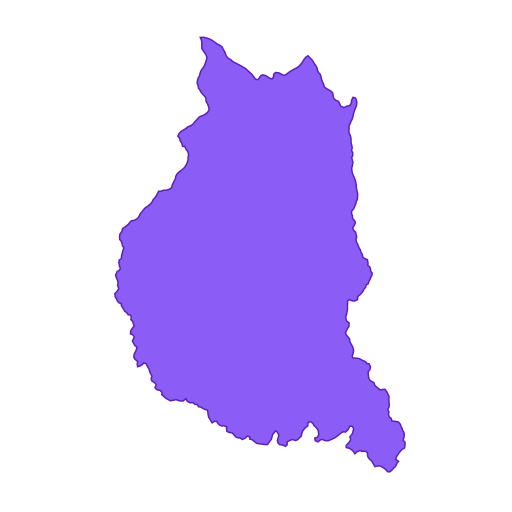 outline of São João da Ponte, Minas Gerais, Brazil, rotated 88°
{"feature_id": "56859067B41179975057544", "entity_name": "São João da Ponte", "entity_type": "district", "adm_level": 2, "iso_a3": "BRA", "parent_name": "Brazil", "parent_adm1": "Minas Gerais", "projection": "albers", "projection_center": [-43.884, -15.912], "detail": "fine", "context": "isolated", "style": "filled", "palette": "violet", "viewbox_px": 512, "rotation_deg": 88, "n_neighbors": 0, "source": "geoboundaries", "source_scale": "gbopen_adm2", "svg_char_len": 6090}
<svg xmlns="http://www.w3.org/2000/svg" viewBox="0 0 512 512"><g transform="rotate(88 256 256)"><path d="M453.0,167.2L454.7,165.5L457.1,164.1L455.2,161.9L454.1,158.9L455.1,156.2L454.9,153.3L456.8,151.4L459.0,151.5L461.3,150.9L463.1,149.5L464.9,147.5L470.6,144.5L470.2,142.1L470.1,139.4L471.8,136.5L473.7,134.0L476.2,132.1L476.4,129.9L475.2,128.2L473.3,126.4L471.8,124.6L469.8,123.1L467.5,122.1L466.1,120.7L464.0,123.6L461.2,122.4L457.6,119.8L455.5,117.9L454.0,116.3L453.2,114.3L450.3,113.7L447.2,113.6L445.2,115.4L442.4,114.5L439.5,114.1L437.4,114.3L435.4,115.6L433.3,116.0L431.6,117.0L429.3,117.6L426.8,119.5L426.3,121.5L425.6,126.0L422.9,126.6L421.6,128.4L419.0,129.1L416.5,128.6L414.1,129.7L411.6,128.4L409.3,127.9L407.2,128.2L404.0,128.2L400.8,128.0L395.9,130.2L393.7,131.8L393.8,134.1L394.2,136.7L392.7,138.0L391.3,139.9L389.6,141.7L386.6,142.6L385.4,144.9L383.7,146.9L380.8,147.8L375.7,148.0L373.8,146.3L370.9,145.4L367.7,146.7L367.3,148.9L365.3,150.4L364.1,153.1L362.3,156.1L361.7,158.3L361.5,160.8L361.2,162.9L358.9,163.3L356.8,162.3L354.5,161.8L352.4,162.0L350.1,162.6L345.1,165.1L342.2,165.4L338.0,168.5L335.9,169.3L331.8,167.2L329.8,165.6L326.0,165.3L324.4,167.6L322.4,168.2L320.0,168.4L317.3,167.5L312.0,166.4L308.9,166.4L306.0,166.1L304.0,166.1L302.9,164.2L304.1,161.7L304.4,158.9L303.1,156.0L300.1,155.8L298.2,153.2L295.5,150.6L292.9,149.3L291.2,147.6L288.7,146.9L287.8,144.9L285.6,144.2L283.4,142.9L281.3,142.0L279.4,140.8L277.1,140.5L275.2,141.9L273.0,142.0L270.9,142.7L269.3,144.5L266.9,144.3L263.5,144.8L262.4,147.4L261.0,149.3L258.2,149.7L255.9,151.0L253.6,151.5L251.2,152.8L248.0,153.9L244.9,155.3L242.6,155.5L240.7,154.7L235.5,155.7L233.5,157.7L231.1,158.3L228.9,156.7L226.2,155.5L224.2,156.2L221.9,158.2L219.0,158.2L216.8,159.1L214.3,158.7L212.1,156.7L207.3,154.4L204.9,153.9L203.2,152.8L198.1,152.2L191.4,153.3L188.4,153.3L183.4,154.2L176.6,156.8L173.9,157.2L171.8,157.3L169.0,156.5L165.5,155.9L161.0,156.9L158.9,155.8L156.2,155.7L153.8,156.8L151.2,156.0L146.3,157.0L141.3,157.0L138.3,157.7L136.0,158.8L129.1,158.4L126.9,157.2L125.0,156.5L122.6,155.1L120.1,154.3L117.6,153.7L114.4,152.6L108.7,150.2L105.8,149.9L103.4,150.3L101.5,151.1L100.8,153.5L103.7,155.0L106.3,155.3L108.9,157.1L109.5,160.2L110.8,162.9L109.1,166.2L106.4,167.2L104.3,168.2L103.4,170.3L101.7,172.6L99.4,173.2L95.8,173.6L93.8,175.4L91.2,179.6L89.6,181.8L87.3,182.3L83.1,183.9L81.1,184.5L78.8,184.8L76.8,185.4L75.1,186.9L73.1,187.9L70.0,188.5L67.6,189.7L65.8,191.0L63.6,192.1L61.9,193.2L57.7,197.1L58.9,199.1L60.9,200.9L64.5,203.3L67.8,206.3L69.3,208.5L70.5,211.3L73.2,216.2L76.0,220.0L76.4,222.1L73.7,226.9L73.3,230.1L75.0,232.0L77.7,232.3L79.4,233.6L79.0,235.8L76.1,239.9L75.2,242.8L76.0,245.1L77.9,246.3L79.9,248.0L79.2,250.4L74.3,253.8L68.4,259.8L65.0,265.1L61.0,272.3L58.9,274.4L57.8,276.4L56.4,277.8L54.4,279.0L50.5,280.3L48.4,281.6L46.1,282.4L44.1,284.8L43.1,286.9L38.8,292.5L37.5,294.9L36.4,297.8L35.6,300.6L35.6,304.1L37.7,303.2L40.3,302.7L46.8,302.9L48.9,301.7L51.2,300.1L53.3,298.9L55.8,298.1L59.0,298.9L64.5,301.1L66.7,302.9L69.3,304.7L71.7,305.6L74.3,306.3L76.3,307.7L78.7,308.4L81.4,308.8L83.8,307.9L86.2,307.7L88.3,306.2L90.9,304.9L95.1,301.3L96.9,300.5L99.4,300.6L102.5,299.0L106.0,298.0L108.5,297.8L110.4,299.1L112.2,301.3L113.7,303.9L114.3,306.2L115.3,308.1L120.1,312.8L122.3,314.7L123.6,317.1L124.6,319.7L126.0,321.4L127.4,323.8L128.7,326.3L130.9,328.6L133.6,330.0L135.5,328.3L138.1,327.8L140.5,326.3L143.9,325.6L144.1,323.3L146.9,322.2L149.1,320.6L152.1,319.8L155.1,320.4L157.5,320.6L160.1,321.4L162.6,322.7L165.1,324.4L167.3,326.9L169.4,330.1L171.4,332.2L173.6,333.4L176.1,333.9L178.5,335.3L181.5,336.9L185.1,338.2L186.4,340.6L187.1,343.3L187.1,346.3L187.9,348.7L187.9,351.1L190.6,352.5L193.5,354.3L196.0,356.7L198.6,358.1L200.6,360.0L204.6,365.7L209.9,370.3L213.5,372.2L215.1,374.4L216.1,376.5L216.4,379.2L217.9,380.9L219.7,382.3L222.5,385.9L223.9,388.4L226.9,389.2L229.1,391.1L232.0,391.7L234.8,391.6L236.5,390.2L238.7,389.5L241.4,389.0L243.3,387.6L245.5,388.7L251.7,390.5L253.9,390.5L255.1,392.7L257.5,393.3L261.3,392.8L263.9,392.0L265.7,393.2L266.5,395.2L268.3,396.0L270.4,397.1L272.8,396.3L275.8,395.1L278.4,394.8L280.6,395.4L283.6,394.3L286.5,396.0L288.7,398.4L291.8,398.1L294.4,396.8L296.6,395.9L298.1,394.5L298.8,392.3L300.8,392.3L304.7,390.1L306.6,389.2L308.1,387.1L310.3,385.8L310.5,383.6L312.7,382.7L315.2,383.3L317.1,381.6L321.9,380.2L323.8,382.1L326.7,383.9L329.4,384.2L330.5,381.8L332.6,380.4L336.8,382.5L341.3,380.1L343.1,378.0L346.6,379.4L349.7,381.1L352.6,381.7L354.8,380.6L357.2,378.1L360.1,378.5L362.5,378.2L362.0,376.0L360.8,373.7L359.0,371.9L359.7,369.7L363.0,368.2L365.4,366.7L368.0,366.3L372.4,364.2L374.9,365.0L377.1,364.6L379.0,361.9L381.1,360.1L384.0,361.6L386.1,359.9L387.0,356.6L388.9,354.8L391.3,355.0L395.3,350.7L396.5,348.6L397.7,346.7L396.8,340.7L397.9,338.0L398.3,335.9L398.3,333.7L396.1,331.0L398.9,329.7L400.4,327.1L400.3,324.4L402.1,322.2L402.4,319.8L404.6,318.8L405.1,316.3L406.6,314.2L407.5,312.3L408.5,309.8L412.0,309.5L415.5,308.9L421.2,305.7L419.8,303.4L419.9,301.1L422.2,299.8L423.8,298.1L424.7,296.1L424.5,294.0L425.7,291.2L427.7,291.6L430.3,291.2L431.5,288.8L432.0,285.8L435.9,282.7L437.0,280.8L437.4,278.0L438.9,276.1L437.7,273.3L435.7,270.9L436.7,268.5L438.7,268.7L439.6,266.1L443.2,261.9L443.8,259.1L444.7,253.7L444.9,251.1L442.4,249.3L440.1,247.3L437.8,246.4L435.1,245.7L431.4,242.4L433.1,240.6L435.8,239.5L438.7,240.2L440.7,241.1L443.3,240.7L445.3,239.0L445.7,236.3L447.2,233.3L445.9,231.5L442.9,231.4L441.4,228.4L440.6,225.8L441.8,223.0L441.0,220.7L439.5,219.3L437.8,217.2L435.6,216.5L433.1,215.8L430.8,214.1L429.2,212.5L427.7,210.3L424.1,209.7L423.4,207.3L425.2,205.0L427.3,204.1L429.1,202.2L431.6,200.4L433.7,199.7L436.7,199.6L439.3,200.9L440.0,203.6L442.6,203.3L444.0,200.5L442.3,198.5L441.5,196.6L442.9,193.3L443.2,190.4L441.5,185.9L440.3,183.3L439.0,181.3L436.0,177.4L434.8,175.4L435.0,172.5L432.5,169.8L429.3,168.2L429.6,165.8L431.5,164.5L434.1,165.0L436.4,165.7L438.3,166.9L440.0,168.5L442.7,167.8L444.5,168.7L448.5,172.5L450.6,172.5L451.5,169.2L453.0,167.2Z" fill="#8b5cf6" stroke="#5b21b6" stroke-width="1.5"/></g></svg>